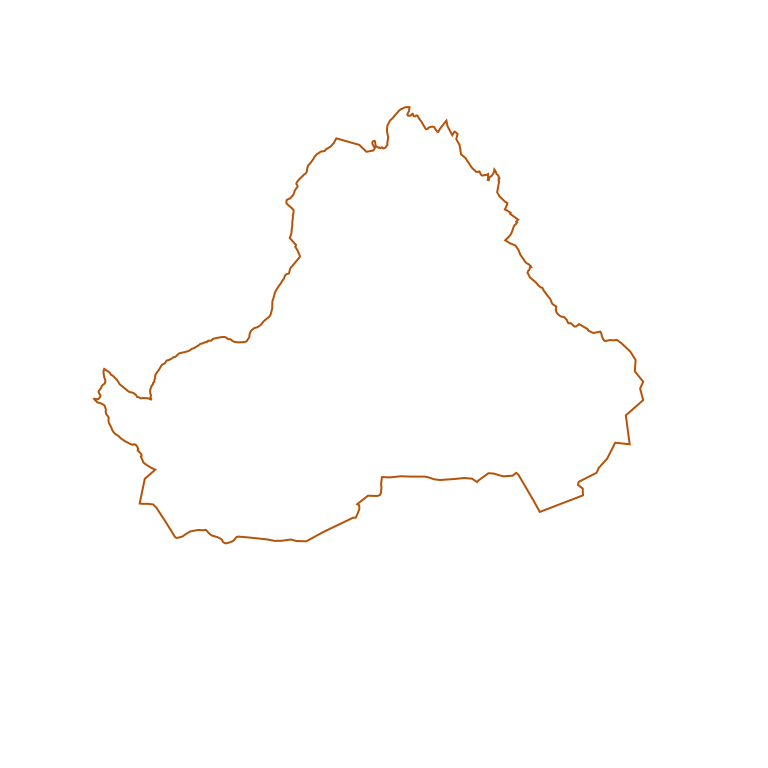 Rametea, Alba, Romania (Robinson projection), rotated 217°
{"feature_id": "2599482B58533573021610", "entity_name": "Rametea", "entity_type": "district", "adm_level": 2, "iso_a3": "ROU", "parent_name": "Romania", "parent_adm1": "Alba", "projection": "robinson", "projection_center": [23.586, 46.447], "detail": "fine", "context": "isolated", "style": "outline", "palette": "amber", "viewbox_px": 768, "rotation_deg": 217, "n_neighbors": 0, "source": "geoboundaries", "source_scale": "gbopen_adm2", "svg_char_len": 6154}
<svg xmlns="http://www.w3.org/2000/svg" viewBox="0 0 768 768"><g transform="rotate(217 384 384)"><path d="M571.7,536.1L571.5,535.2L571.9,534.1L573.2,532.6L574.3,531.7L575.9,526.9L576.2,523.2L575.8,521.0L575.8,515.7L576.1,513.1L575.3,510.5L573.8,507.8L573.2,506.0L573.3,504.7L574.0,502.9L574.2,500.4L574.7,498.2L575.0,495.6L575.0,492.6L574.5,491.1L572.4,490.3L571.8,489.6L571.7,488.8L571.8,486.4L571.6,484.5L570.8,482.5L570.3,479.9L570.6,476.0L572.4,472.6L572.2,471.8L570.9,469.9L570.4,469.5L562.4,468.8L561.0,468.4L560.4,467.9L559.2,466.1L558.2,463.6L556.8,461.9L554.6,458.0L552.8,455.7L551.5,453.2L549.0,449.2L548.1,447.2L547.2,443.9L537.9,442.1L537.7,441.9L537.4,440.1L534.2,439.0L529.3,436.3L528.1,435.4L527.7,434.8L528.3,422.3L528.5,421.2L528.3,419.3L526.5,415.4L526.6,414.8L527.9,413.1L528.3,412.1L528.3,411.1L527.3,407.6L527.4,405.0L526.9,402.5L527.0,399.4L526.6,393.8L526.0,391.0L524.2,386.7L522.8,382.7L518.8,377.2L516.5,371.7L516.1,369.8L516.3,368.0L517.7,362.5L517.9,360.9L517.8,358.6L518.3,355.6L519.4,353.0L521.2,350.7L521.9,348.2L522.1,346.0L521.9,344.6L520.9,342.1L520.1,341.1L519.8,340.4L519.4,335.7L520.5,333.7L524.7,330.1L527.7,328.2L529.2,327.5L531.3,327.2L533.2,327.4L535.6,326.1L537.8,326.1L539.4,325.7L541.4,324.3L545.6,319.8L547.8,316.9L548.0,315.1L548.6,314.1L550.5,312.8L550.7,312.3L550.5,311.7L550.7,311.2L551.4,310.1L552.3,309.4L553.0,307.7L554.8,305.5L555.8,301.8L556.6,300.6L557.0,298.9L558.7,296.3L559.3,294.2L560.0,292.7L562.2,289.7L564.9,286.6L566.0,285.1L566.3,284.1L566.7,281.2L567.1,279.8L568.4,278.4L568.8,276.7L569.2,275.7L569.8,274.9L570.0,274.0L571.6,272.1L571.7,271.5L571.5,268.6L572.7,266.1L572.9,265.2L572.3,259.6L572.2,254.1L571.3,252.2L570.2,250.8L570.0,249.4L568.8,247.6L569.1,246.1L568.3,244.6L568.5,242.7L567.0,238.1L565.1,235.9L563.2,234.7L562.7,233.0L561.3,232.3L560.8,231.7L560.8,231.3L562.8,230.9L564.6,230.1L567.7,228.0L569.3,226.4L570.1,226.0L571.8,225.9L573.2,225.1L575.3,225.9L578.9,226.1L582.3,224.5L583.5,224.3L594.9,224.7L599.7,226.6L605.0,227.4L607.5,227.1L610.3,228.1L616.5,227.7L616.1,226.3L614.9,224.3L611.6,221.1L608.9,219.4L608.4,218.8L607.5,217.0L607.4,215.9L608.2,213.4L608.1,212.3L607.5,210.4L607.6,206.5L606.3,205.2L603.8,204.4L603.4,204.1L603.0,203.1L602.9,201.1L603.1,200.0L603.8,199.2L606.5,197.9L606.6,197.6L602.1,196.8L598.6,198.1L595.2,198.7L594.2,198.6L590.8,196.3L589.3,194.0L588.3,193.2L587.4,192.6L585.4,192.2L583.8,191.6L581.9,188.8L580.2,187.3L575.9,185.3L573.4,183.7L571.0,182.8L568.1,182.4L564.7,182.7L561.6,182.2L556.8,182.4L549.3,183.7L547.8,184.5L547.7,185.1L547.1,185.6L545.6,186.0L543.1,185.4L542.3,184.7L540.7,183.9L540.5,183.6L540.8,183.0L540.6,182.6L536.8,182.2L535.2,181.7L534.2,180.5L534.6,179.8L528.8,176.5L526.0,176.4L520.1,176.9L515.1,177.9L518.0,164.3L507.2,141.5L504.4,143.2L500.8,146.0L495.9,148.9L491.2,148.2L474.1,142.0L459.0,136.1L457.5,136.1L456.9,136.4L455.6,137.7L453.0,141.3L452.1,144.6L449.9,149.8L445.5,154.6L443.9,156.1L440.5,158.2L438.7,160.2L437.9,160.3L434.4,159.5L431.6,159.3L430.4,159.4L424.3,161.6L421.3,162.1L419.9,162.1L417.2,160.9L415.7,161.1L414.3,161.6L412.0,164.5L410.4,167.2L410.0,168.1L409.7,169.7L409.8,171.2L409.7,173.0L408.6,174.4L400.2,179.7L383.9,189.5L377.1,192.8L371.3,197.3L364.7,203.8L359.4,205.9L351.4,211.6L343.4,229.3L328.3,258.5L326.1,260.3L327.4,265.9L328.5,269.4L330.8,272.2L333.1,271.9L329.6,285.1L321.9,290.6L320.5,292.8L320.9,295.2L323.8,299.9L326.1,302.2L329.6,308.4L322.7,313.3L315.2,320.3L307.4,325.8L295.6,334.7L291.5,336.5L286.5,338.1L281.4,341.1L269.6,351.4L263.3,357.3L256.6,361.4L250.7,361.7L250.4,364.2L246.9,375.6L242.5,378.5L236.9,380.5L233.0,382.2L226.1,388.2L225.0,392.6L222.2,392.5L194.9,381.1L182.6,375.6L158.1,414.8L162.4,420.1L168.4,420.1L169.6,423.1L160.8,441.0L162.0,446.1L160.9,458.8L164.0,476.3L151.5,483.7L172.0,504.5L167.3,527.1L176.7,534.5L178.4,541.8L191.3,545.1L197.5,554.6L206.8,558.1L219.1,559.5L224.7,559.3L227.0,556.9L230.0,555.1L233.3,551.3L234.0,551.2L236.2,551.8L239.0,553.5L240.6,555.0L242.8,556.0L246.7,551.6L247.3,550.9L248.3,550.5L253.0,549.6L254.5,550.4L264.3,549.2L264.4,548.0L265.1,546.5L265.4,545.3L266.6,544.5L271.6,545.0L272.7,543.7L274.1,543.6L276.2,545.1L280.0,545.9L283.7,544.3L287.6,544.5L289.5,545.1L291.5,546.7L293.0,549.5L297.3,549.2L298.7,549.7L302.6,552.1L304.7,552.4L312.2,554.6L313.7,555.2L315.2,556.1L315.6,556.1L317.0,555.5L319.9,555.6L324.2,556.6L331.5,556.9L336.5,559.4L336.9,561.0L336.7,562.7L337.6,565.1L336.8,566.0L338.1,566.5L340.1,566.7L342.9,566.3L345.4,566.7L348.0,567.7L352.9,569.3L357.3,572.0L362.1,573.6L364.0,573.3L368.2,572.2L373.7,571.7L372.8,577.5L372.8,580.2L373.5,582.8L375.3,588.5L374.9,591.7L375.0,593.1L376.1,593.3L376.1,594.9L375.8,596.0L385.7,595.8L385.8,596.9L389.5,596.7L392.5,596.1L393.5,600.8L393.9,602.0L394.4,602.8L396.1,602.5L397.4,602.5L404.8,603.4L409.0,605.2L414.1,615.2L415.3,615.7L415.6,617.7L416.5,617.6L417.3,618.9L419.4,619.5L420.5,619.4L422.3,620.7L425.0,621.7L424.8,621.2L424.1,620.5L423.7,619.4L423.2,616.9L423.4,614.7L424.2,612.2L423.0,609.8L423.9,609.4L426.0,612.8L427.2,614.3L427.9,612.8L431.1,609.5L432.5,609.5L435.7,611.2L436.1,610.9L436.3,610.2L438.1,608.9L444.4,609.7L454.9,613.5L460.7,613.8L467.4,620.3L473.5,623.0L473.9,623.5L475.7,628.0L478.9,628.2L479.6,628.0L479.2,623.8L488.5,628.2L492.7,631.9L492.9,621.5L492.4,617.9L493.1,617.5L496.9,618.6L497.8,619.2L498.7,619.4L499.4,619.1L500.7,618.3L502.2,616.4L502.7,615.2L502.8,613.8L503.4,613.0L504.3,612.8L512.5,616.2L516.6,617.4L518.8,618.5L519.9,617.8L520.1,616.7L521.0,615.9L522.0,615.9L523.2,617.0L523.7,617.1L524.0,616.5L524.3,614.4L525.3,613.3L526.6,612.8L527.6,613.3L528.4,617.2L530.2,620.4L531.8,619.4L534.0,617.3L534.7,615.5L536.0,613.4L536.5,611.2L537.2,601.0L537.8,597.9L536.7,592.2L535.1,589.5L533.7,587.6L529.1,583.5L526.4,578.5L525.2,577.0L525.1,573.8L525.5,572.8L526.1,572.0L526.7,571.6L528.1,571.8L528.8,570.2L530.1,570.1L530.5,569.4L533.0,569.1L533.7,569.0L534.5,569.7L537.1,572.2L537.7,572.5L538.2,572.1L538.7,571.4L538.9,570.6L538.5,569.7L537.8,568.8L535.0,567.5L533.4,567.1L533.1,566.3L533.2,565.0L533.0,564.1L537.8,558.9L547.6,560.1L569.9,551.5L569.1,546.3L569.5,541.7L571.7,536.1Z" fill="none" stroke="#b45309" stroke-width="2"/></g></svg>